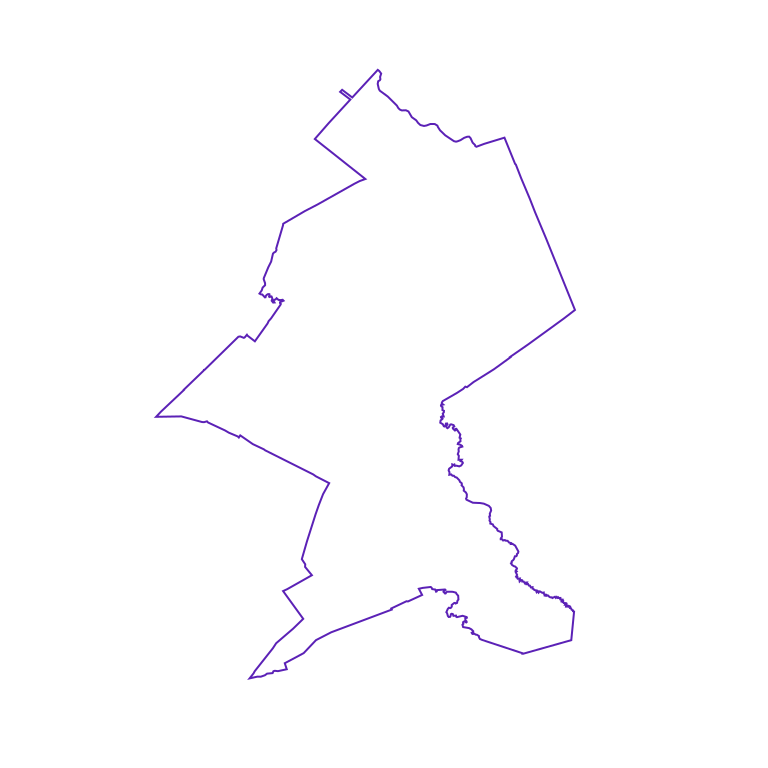 the district of Blejesti, Teleorman, Romania, rotated 188°
{"feature_id": "2599482B94014491503214", "entity_name": "Blejesti", "entity_type": "district", "adm_level": 2, "iso_a3": "ROU", "parent_name": "Romania", "parent_adm1": "Teleorman", "projection": "natural_earth1", "projection_center": [25.433, 44.298], "detail": "fine", "context": "isolated", "style": "outline", "palette": "violet", "viewbox_px": 768, "rotation_deg": 188, "n_neighbors": 0, "source": "geoboundaries", "source_scale": "gbopen_adm2", "svg_char_len": 6153}
<svg xmlns="http://www.w3.org/2000/svg" viewBox="0 0 768 768"><g transform="rotate(188 384 384)"><path d="M466.4,669.5L468.1,667.2L456.9,661.0L475.1,634.6L486.6,617.0L431.0,584.4L436.3,581.6L441.3,578.1L474.8,552.5L486.2,544.4L506.1,528.7L506.1,527.0L509.6,503.3L509.1,501.7L509.8,499.9L511.4,498.7L512.1,497.6L512.8,489.5L514.8,483.6L517.8,472.0L517.7,471.0L515.8,467.3L515.5,465.3L517.6,462.6L518.1,459.7L519.9,456.2L518.3,455.6L517.0,455.7L514.0,453.2L513.4,453.4L513.3,454.7L512.5,456.0L511.3,456.9L510.0,457.0L509.8,456.4L510.0,454.5L509.2,454.2L508.1,455.1L507.5,455.0L506.4,452.9L506.8,450.8L505.1,449.2L503.8,449.5L504.7,450.6L504.7,451.6L504.4,452.1L503.2,452.6L502.3,454.0L500.2,452.6L498.0,452.7L496.1,453.3L495.1,452.5L498.4,450.5L498.2,449.6L497.3,448.9L497.6,447.9L505.0,433.2L507.0,430.2L507.7,427.8L517.8,408.3L525.9,412.9L526.6,413.7L528.4,410.8L529.2,410.2L533.1,411.1L534.8,410.5L563.7,373.0L564.3,372.9L564.5,372.1L581.5,350.4L581.3,350.2L601.0,325.6L605.1,319.8L580.2,323.7L558.8,321.0L556.8,321.2L554.1,322.4L552.9,321.4L535.0,315.9L530.9,314.2L521.5,311.7L520.3,310.8L519.2,313.1L505.5,306.2L493.9,302.6L492.5,301.8L441.5,284.6L438.6,283.1L424.5,278.2L429.0,266.5L431.7,255.1L433.6,245.6L438.4,217.4L441.0,199.1L436.9,194.5L436.7,191.9L428.8,184.6L451.4,167.3L455.1,164.9L431.3,140.2L440.0,129.0L454.7,112.3L457.3,106.8L472.1,81.5L472.9,79.3L476.1,73.8L468.6,76.6L465.3,77.0L461.4,79.0L459.5,80.9L454.1,82.2L453.5,84.2L452.2,84.8L449.0,84.9L440.6,88.0L443.4,93.7L426.1,106.3L415.7,120.9L401.7,130.8L344.9,161.7L345.6,162.7L331.5,172.0L330.0,172.0L316.9,180.4L321.0,186.1L317.2,187.5L309.5,189.5L308.5,188.9L307.7,187.6L304.7,187.6L303.5,185.6L302.9,186.0L302.8,187.3L295.0,189.0L294.5,188.6L295.8,187.5L296.2,186.5L294.3,185.0L293.7,185.3L293.5,186.3L292.5,187.1L287.1,187.8L283.8,187.4L282.8,186.1L281.1,184.7L280.3,180.9L281.1,179.6L281.2,177.4L282.5,176.6L283.1,177.1L283.9,177.0L286.2,174.6L285.9,173.0L286.5,171.8L287.3,171.3L288.6,171.5L289.5,170.2L290.5,166.7L289.6,165.8L288.5,163.2L287.5,162.3L286.2,162.6L285.8,163.5L285.7,165.4L285.0,165.9L283.9,165.8L283.0,164.1L280.5,164.7L280.1,163.6L279.3,163.3L273.9,165.4L269.7,164.7L269.4,164.1L270.9,163.2L270.5,161.4L269.2,160.4L269.0,159.7L269.4,159.3L271.5,160.1L272.4,159.4L272.5,158.4L272.0,157.6L272.8,156.5L271.8,154.3L265.7,154.1L263.3,153.2L261.2,151.6L261.3,150.8L262.5,149.8L261.6,148.8L260.8,148.9L260.2,149.5L258.4,148.6L257.1,148.6L254.9,147.6L254.7,146.5L253.6,144.9L251.1,144.2L211.3,137.0L208.9,136.6L209.1,136.2L208.8,136.2L162.9,156.4L164.1,185.1L165.2,185.3L165.3,186.1L166.8,186.6L167.4,187.8L168.6,188.0L168.5,189.2L169.1,189.8L170.0,189.9L170.5,189.1L171.3,189.5L170.9,190.0L171.2,190.2L172.1,189.8L172.1,189.0L172.8,188.9L172.7,191.4L174.0,190.8L173.7,192.3L175.5,192.1L176.1,193.1L177.0,192.9L177.3,193.6L176.8,194.4L177.3,194.5L178.1,193.9L178.2,194.5L177.6,195.3L179.5,195.3L179.6,196.7L181.4,196.4L181.9,197.0L182.5,196.4L183.3,197.2L184.1,196.1L185.1,197.1L187.5,195.5L188.1,196.1L189.6,195.9L190.7,196.3L192.1,197.4L193.6,196.9L193.5,197.7L193.8,197.9L194.7,197.9L195.6,197.1L196.1,198.3L196.8,198.8L196.8,199.7L198.4,199.3L200.6,200.3L201.9,200.3L202.2,200.0L201.7,199.3L201.9,198.9L203.3,200.3L203.9,199.1L204.2,199.5L204.2,200.8L206.4,200.9L207.4,201.8L208.4,202.0L208.6,203.5L210.3,203.0L211.4,204.6L212.6,204.6L213.6,206.1L215.0,205.6L215.3,206.6L215.0,207.3L216.0,207.1L216.6,206.1L218.2,207.8L219.6,207.6L219.9,208.9L221.0,209.0L222.2,207.4L222.6,208.6L222.4,210.3L224.5,209.8L224.8,210.5L225.6,210.8L225.3,211.6L226.3,211.8L225.6,213.4L227.5,216.2L226.5,216.9L227.6,217.8L226.6,219.6L226.8,220.1L228.7,221.5L230.1,221.7L232.1,222.7L233.3,224.1L232.6,224.8L232.9,225.7L232.7,226.4L231.6,227.5L231.0,228.6L230.4,231.6L229.0,231.9L228.6,232.6L228.7,234.1L227.7,235.3L227.6,236.8L231.6,242.2L234.3,243.5L236.1,243.2L236.0,244.2L237.9,244.3L239.8,245.9L241.9,245.8L242.6,246.3L244.3,245.6L245.2,246.6L246.8,246.5L246.9,247.3L245.9,249.2L246.8,253.4L250.9,254.5L251.6,255.3L251.7,256.2L255.7,258.5L256.7,260.1L259.3,260.6L259.3,262.0L260.5,263.4L260.4,264.8L261.3,267.2L261.3,267.6L260.6,268.2L261.2,270.3L260.3,273.6L261.1,276.1L263.2,277.9L268.5,279.4L272.2,279.5L279.5,278.8L286.2,280.9L286.8,281.9L286.3,283.3L286.6,286.3L287.8,288.0L290.2,289.5L290.2,290.9L290.8,292.7L293.1,294.5L292.9,295.7L293.4,296.7L295.2,297.7L295.9,299.1L299.0,301.5L300.6,301.7L302.1,302.9L303.5,302.7L304.8,303.8L306.7,303.2L306.7,304.5L307.0,306.0L307.9,307.2L307.9,308.3L307.7,309.2L304.9,312.0L305.2,313.9L303.5,313.5L303.0,314.0L302.4,312.8L300.9,313.2L298.0,312.9L296.2,314.1L294.9,316.8L295.6,317.8L297.4,318.3L296.6,319.8L299.7,319.3L299.9,323.3L301.2,324.8L300.6,327.6L301.1,329.5L301.0,330.9L300.5,331.6L297.7,332.9L298.1,333.6L299.8,334.4L302.6,334.8L302.4,335.9L300.3,337.9L300.7,340.0L300.4,340.8L301.7,341.3L301.4,344.6L306.1,349.7L306.9,349.5L306.9,348.0L307.3,347.8L309.6,349.5L309.8,350.5L308.5,351.8L309.4,353.0L311.9,353.4L312.7,353.1L313.9,350.1L315.0,349.1L315.9,349.6L316.3,350.5L316.2,351.7L315.5,352.8L316.0,353.7L317.2,353.4L317.4,351.0L318.3,350.3L318.9,350.5L320.2,352.4L322.9,353.5L322.9,355.8L321.3,357.4L321.2,358.1L322.8,358.7L323.0,359.2L322.2,360.0L320.4,360.2L321.7,362.8L320.8,364.3L320.9,365.8L322.5,366.3L322.8,369.2L324.2,369.9L324.6,370.6L324.5,371.2L322.6,371.9L324.1,372.8L324.1,373.7L323.4,375.3L310.3,385.5L304.9,390.2L303.1,392.7L301.4,392.4L295.7,398.3L277.3,413.8L263.7,426.9L262.5,428.1L262.9,428.3L262.3,428.9L246.7,443.3L215.1,473.8L205.2,483.9L243.6,550.4L258.3,575.1L265.3,587.6L276.9,607.0L284.0,619.7L284.8,620.2L299.0,644.7L318.1,635.8L325.5,631.8L326.7,632.3L327.2,633.4L329.8,635.3L332.5,639.5L334.1,640.8L336.1,640.4L338.9,638.9L342.2,636.1L344.9,634.6L346.4,634.0L348.5,634.2L358.0,638.8L363.8,643.0L366.3,645.9L367.1,647.3L369.9,648.5L374.3,647.9L377.9,645.9L380.3,645.1L384.0,645.5L386.6,647.3L388.8,649.6L393.6,652.1L397.7,657.3L400.4,658.1L404.5,657.4L406.6,658.0L408.3,659.3L410.0,661.5L420.3,669.2L429.0,673.9L430.2,675.5L432.0,680.3L431.9,683.0L430.4,684.2L430.0,685.3L430.6,687.5L430.0,691.0L432.3,693.3L433.9,694.2L455.3,663.3L466.4,669.5Z" fill="none" stroke="#5b21b6" stroke-width="2"/></g></svg>